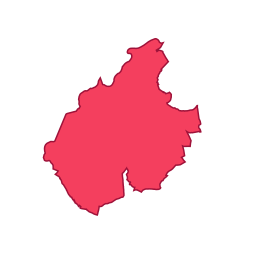 Garleni, Bacau, Romania, rotated 295°
{"feature_id": "2599482B15530605072103", "entity_name": "Garleni", "entity_type": "district", "adm_level": 2, "iso_a3": "ROU", "parent_name": "Romania", "parent_adm1": "Bacau", "projection": "robinson", "projection_center": [26.781, 46.656], "detail": "fine", "context": "isolated", "style": "filled", "palette": "rose", "viewbox_px": 256, "rotation_deg": 295, "n_neighbors": 0, "source": "geoboundaries", "source_scale": "gbopen_adm2", "svg_char_len": 5725}
<svg xmlns="http://www.w3.org/2000/svg" viewBox="0 0 256 256"><g transform="rotate(295 128 128)"><path d="M220.1,123.8L219.2,122.8L218.8,121.8L219.0,120.3L220.1,119.0L220.6,118.0L220.8,116.2L220.4,114.9L219.1,113.6L217.2,111.8L214.6,110.0L212.1,108.7L209.6,107.3L206.9,105.4L205.2,104.0L204.7,103.5L203.5,101.6L203.0,100.2L202.0,98.0L201.0,96.3L200.1,95.6L199.1,95.1L198.2,95.0L197.1,95.1L196.2,95.5L195.8,96.1L195.7,96.6L195.9,97.1L196.4,98.3L196.5,99.2L196.1,99.9L195.4,100.7L194.2,101.3L192.9,101.6L191.3,101.4L189.7,101.1L188.6,100.7L188.0,100.0L187.3,99.4L185.9,98.5L184.8,98.0L181.0,97.0L179.6,97.4L177.0,97.6L176.2,97.5L174.5,97.0L173.9,96.7L173.3,96.0L172.4,95.5L170.8,94.9L169.3,94.5L167.8,94.5L166.4,94.7L165.6,95.0L165.0,95.4L164.4,95.5L162.8,95.5L160.8,95.4L159.6,95.0L158.6,94.4L158.0,93.7L157.5,92.8L157.3,92.2L156.9,91.4L156.9,89.5L157.1,88.2L156.7,86.7L161.7,81.7L158.8,81.4L157.9,81.4L157.0,81.8L154.4,82.2L152.3,81.5L150.9,80.7L150.4,80.1L149.5,79.4L148.7,78.7L148.3,78.1L148.2,77.6L148.1,77.3L147.3,76.8L145.6,76.0L144.5,75.3L144.3,75.1L143.6,73.5L143.3,73.1L142.8,72.7L142.2,72.3L141.2,71.8L140.1,71.1L139.4,70.7L138.2,70.3L137.4,70.4L136.0,70.4L133.3,71.1L132.7,71.4L131.9,72.3L131.2,72.5L130.8,72.9L129.9,73.0L128.6,73.8L127.3,75.6L126.1,75.3L125.9,75.3L125.9,75.5L125.0,75.5L124.5,74.9L124.0,74.4L121.4,74.0L115.6,67.0L115.0,66.4L114.7,66.2L114.2,66.0L85.9,67.2L85.2,67.2L84.6,66.8L84.2,66.4L83.1,63.7L80.2,61.3L79.5,60.9L78.0,60.4L76.3,60.4L75.0,60.7L73.9,61.1L71.8,62.3L70.8,63.2L70.4,63.3L70.1,63.6L68.3,63.3L66.4,63.7L65.4,63.9L65.1,64.3L63.4,66.0L63.4,67.3L63.8,68.4L64.4,69.3L65.1,70.1L65.2,70.3L65.2,70.9L65.1,71.3L64.2,72.6L63.8,73.3L63.7,74.0L62.9,75.3L62.5,75.9L60.7,76.8L60.2,77.1L59.7,77.3L59.3,77.4L59.5,82.8L58.4,82.8L56.9,82.4L55.3,81.7L54.9,84.4L54.9,85.8L53.7,87.8L53.3,87.7L52.8,89.0L52.0,90.0L50.0,91.6L49.8,91.9L49.4,93.2L49.3,93.5L46.2,98.1L45.8,98.6L45.5,98.7L45.3,99.2L44.1,100.5L42.6,102.4L42.3,103.2L41.8,104.3L41.6,104.4L41.4,104.7L41.5,104.9L41.4,105.4L41.0,106.4L41.2,106.5L40.4,107.4L40.2,107.8L39.7,108.3L39.8,108.7L39.7,109.1L39.9,109.2L39.3,109.6L38.8,110.3L39.2,110.4L38.7,110.8L38.5,111.3L37.8,111.7L37.8,112.2L37.7,112.5L37.6,113.0L37.8,113.2L37.3,114.3L37.0,115.2L36.4,115.8L36.1,116.6L37.3,116.8L36.8,118.4L35.5,118.3L35.5,118.6L35.2,118.8L35.3,119.8L35.8,121.7L36.1,122.6L36.3,123.6L36.8,124.6L36.5,125.3L36.3,125.4L36.1,126.1L36.2,126.4L35.7,127.9L35.7,129.2L35.9,131.6L35.7,133.0L35.8,134.7L36.1,136.9L37.3,136.8L38.4,136.5L40.8,136.1L42.5,135.7L44.8,135.0L45.0,135.6L45.2,136.3L45.9,137.2L47.2,138.0L48.1,138.2L48.4,138.4L48.8,138.8L50.0,139.7L50.5,140.9L50.7,141.2L51.0,141.6L52.3,142.7L53.5,144.3L54.1,144.8L54.9,145.3L55.5,145.6L58.4,147.4L60.4,149.7L61.6,150.6L62.4,151.3L63.1,152.4L63.5,152.7L65.2,152.8L66.8,152.0L68.5,151.0L70.0,150.3L72.1,149.0L72.7,148.8L73.5,148.2L77.8,145.8L78.6,145.5L81.8,143.4L83.9,142.3L84.4,142.1L86.0,142.7L87.9,143.1L90.9,143.7L90.6,143.9L90.5,144.2L90.5,144.8L89.8,145.3L89.7,145.6L89.8,145.8L89.7,146.0L89.1,146.3L88.8,146.5L87.0,146.8L86.7,146.7L85.9,146.3L85.2,146.3L83.5,148.1L82.2,148.7L81.6,148.9L80.7,148.9L80.7,149.0L80.5,150.2L80.1,150.6L79.9,150.9L79.7,151.1L79.7,151.7L79.7,152.1L80.0,153.0L79.7,153.2L78.4,153.0L77.8,153.0L77.5,153.3L77.4,153.6L77.8,154.3L77.8,154.5L76.9,156.4L76.7,157.0L76.8,158.0L76.7,158.9L76.9,159.2L73.9,159.7L74.9,160.6L75.1,160.9L75.3,161.6L75.7,162.2L75.7,163.0L75.7,165.3L75.6,167.2L77.6,167.6L78.7,168.3L80.3,169.9L80.9,171.3L81.2,172.0L81.4,172.2L82.1,173.6L82.5,174.8L82.8,175.4L83.5,177.5L83.8,178.1L84.1,179.3L84.5,180.2L84.8,180.5L84.9,180.9L85.1,181.3L86.0,182.3L86.6,182.7L87.6,182.9L88.1,182.1L90.1,180.8L90.7,180.6L91.4,180.6L93.8,180.8L94.6,181.2L94.9,181.7L95.2,181.9L96.4,181.9L97.7,182.2L100.1,183.4L101.4,183.8L101.2,182.4L103.5,182.4L104.8,182.7L106.3,183.4L108.2,184.8L109.8,185.6L114.5,187.0L115.4,188.7L116.2,190.0L116.9,191.0L121.4,194.1L122.2,192.2L122.8,191.1L123.6,189.9L124.0,188.9L126.8,191.0L131.5,187.8L134.8,185.1L134.8,185.9L134.9,186.4L137.2,191.0L137.6,192.1L140.6,191.1L143.1,190.5L146.2,187.0L149.0,183.5L149.6,182.8L149.5,183.4L149.5,184.4L149.8,186.1L150.2,186.9L150.6,187.3L150.7,187.8L150.9,188.3L155.1,194.2L155.1,194.4L154.8,194.6L154.7,194.9L155.3,195.6L156.5,194.6L157.0,194.1L157.4,193.6L157.8,192.5L158.2,192.0L159.3,191.4L160.5,191.1L161.9,192.1L162.4,192.2L162.9,191.8L164.3,190.8L165.3,189.8L166.2,188.6L166.7,188.2L174.9,182.9L175.9,182.1L177.6,181.4L177.4,181.1L177.0,181.0L176.3,180.9L174.7,180.5L173.3,179.9L172.2,179.3L171.6,178.7L171.1,177.9L170.4,176.6L169.7,176.0L169.3,175.3L168.7,174.6L168.5,174.3L168.3,173.8L168.0,173.3L167.5,172.2L167.3,172.1L167.2,171.7L167.1,171.1L166.2,169.5L166.0,169.1L166.0,168.7L165.7,168.1L165.5,166.9L165.7,166.2L166.0,165.6L166.1,164.9L166.0,164.5L165.7,163.8L165.7,162.9L165.8,162.6L166.0,162.3L166.0,161.9L165.9,161.7L165.5,161.1L165.3,160.7L165.4,157.9L165.7,157.0L165.7,156.3L165.8,155.4L166.1,153.9L166.6,153.1L167.3,152.7L167.9,153.4L168.9,154.0L170.5,154.6L171.5,154.7L174.3,154.1L175.8,153.4L176.6,153.1L177.2,152.2L177.5,151.6L177.8,150.4L177.3,150.3L175.1,147.7L175.5,147.1L175.5,146.2L175.6,145.4L175.5,145.1L175.8,145.0L175.7,144.7L175.3,144.7L175.6,144.0L176.0,141.1L176.5,139.9L176.5,139.4L177.3,139.0L179.4,136.9L179.9,136.9L180.2,137.2L180.5,136.3L181.3,136.4L181.5,136.2L181.6,135.0L183.8,134.8L184.0,134.7L184.6,134.7L185.0,134.0L186.0,133.3L187.7,133.6L188.7,133.1L189.6,133.3L190.4,133.2L191.1,133.5L192.0,133.2L192.8,133.6L193.3,134.0L194.3,133.8L194.9,134.1L195.3,133.2L205.2,136.5L205.6,135.7L206.1,135.1L207.9,132.2L211.4,127.4L212.0,127.2L212.1,126.2L211.6,123.1L209.6,121.9L210.5,120.8L214.6,123.4L220.1,123.8Z" fill="#f43f5e" stroke="#9f1239" stroke-width="1.5"/></g></svg>